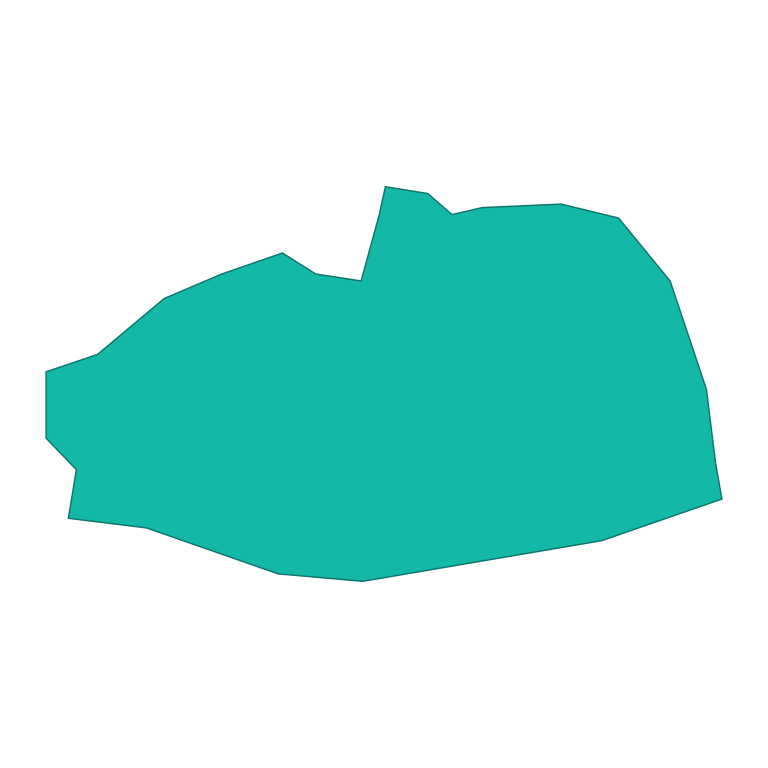 map outline of Savanne (Robinson projection)
{"feature_id": "MUS-5195", "entity_name": "Savanne", "entity_type": "District", "adm_level": 1, "iso_a3": "MUS", "parent_name": "Mauritius", "parent_adm1": "", "projection": "robinson", "projection_center": [57.51, -20.457], "detail": "fine", "context": "isolated", "style": "filled", "palette": "teal", "viewbox_px": 768, "rotation_deg": 0, "n_neighbors": 0, "source": "natural_earth", "source_scale": "10m", "svg_char_len": 439}
<svg xmlns="http://www.w3.org/2000/svg" viewBox="0 0 768 768"><path d="M721.9,499.0L601.8,540.6L362.6,581.3L278.2,573.9L146.4,527.9L68.4,518.3L76.4,469.7L46.1,438.2L46.1,371.8L97.6,354.4L164.2,298.5L221.8,274.0L282.4,253.0L315.7,274.0L361.1,281.0L379.3,214.6L385.4,186.7L427.8,193.6L452.0,214.6L482.3,207.6L561.1,204.1L618.6,218.1L670.1,281.0L706.4,389.3L715.5,462.7L721.9,499.0Z" fill="#14b8a6" stroke="#0f766e" stroke-width="1.5"/></svg>